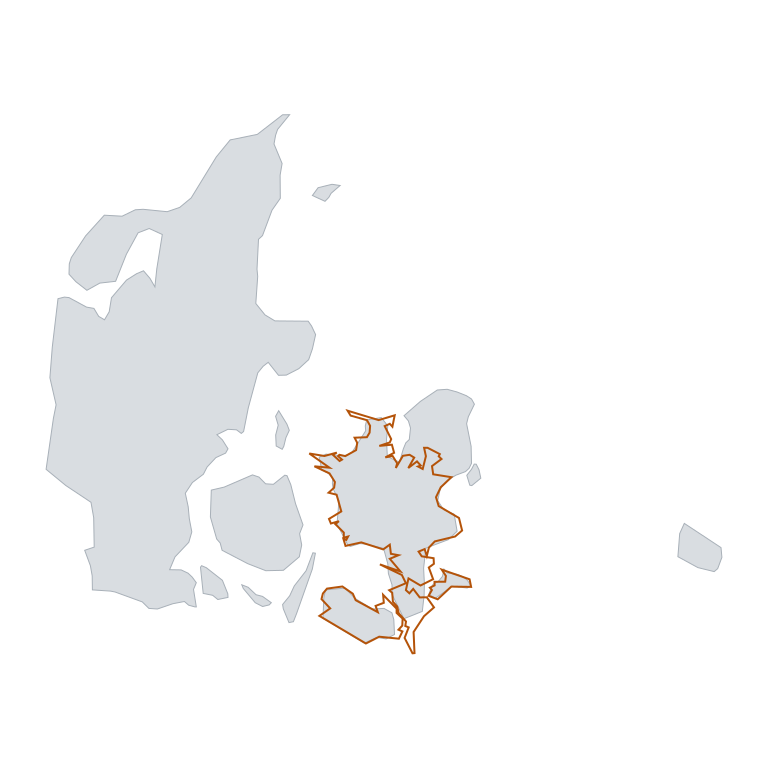 Denmark, with Sjaælland highlighted
{"feature_id": "DNK-3420", "entity_name": "Sjaælland", "entity_type": "Region", "adm_level": 1, "iso_a3": "DNK", "parent_name": "Denmark", "parent_adm1": "", "projection": "orthographic", "projection_center": [11.743, 55.283], "detail": "medium", "context": "in_parent", "style": "outline", "palette": "amber", "viewbox_px": 768, "rotation_deg": 0, "n_neighbors": 0, "source": "natural_earth", "source_scale": "10m", "svg_char_len": 5551}
<svg xmlns="http://www.w3.org/2000/svg" viewBox="0 0 768 768"><path d="M196.3,606.9L194.9,606.9L188.7,605.2L184.4,601.5L172.9,603.7L157.4,609.0L148.9,608.4L142.3,601.9L115.1,592.0L110.6,591.1L92.5,589.9L92.4,589.9L92.2,575.9L90.4,565.7L84.7,550.3L94.2,547.1L93.7,517.7L91.0,502.3L65.8,485.5L46.1,469.3L53.4,418.4L56.1,404.8L49.9,377.7L52.3,347.0L58.0,298.7L64.4,297.1L69.0,297.6L86.5,307.1L93.9,308.4L98.7,316.4L104.5,319.8L109.2,311.8L111.5,297.7L126.5,280.1L136.6,273.7L143.5,270.8L150.0,278.4L154.9,286.9L156.8,268.8L162.3,234.5L149.2,228.5L138.1,232.8L126.4,254.2L115.6,281.3L99.8,283.1L86.9,290.3L75.9,281.7L69.0,274.2L69.3,263.8L71.3,257.6L85.6,235.9L104.3,215.2L122.1,216.2L135.3,209.8L143.1,209.3L167.2,211.7L179.7,207.4L191.2,197.9L216.3,156.9L230.2,139.9L257.3,134.4L282.6,114.8L289.6,114.7L277.6,129.4L275.6,135.2L274.0,144.0L282.1,163.5L280.1,175.2L280.3,198.3L272.0,210.2L262.5,235.6L258.5,239.3L257.0,269.2L257.7,276.3L255.8,303.5L265.0,314.9L274.9,320.9L308.2,321.2L311.6,326.1L315.6,334.6L312.4,348.9L308.7,359.6L298.9,368.6L286.3,375.1L278.5,375.3L268.2,362.3L263.1,366.3L257.8,372.8L248.3,407.8L243.6,431.5L241.3,433.4L236.5,429.8L227.9,429.3L216.9,434.7L222.4,439.9L228.0,448.8L225.6,453.1L215.9,457.6L207.1,467.0L203.4,474.2L192.4,482.5L185.3,493.2L188.2,506.8L189.3,518.7L191.8,531.9L188.8,542.3L175.0,556.9L169.6,569.7L181.1,569.9L188.1,573.2L192.2,577.1L196.3,582.7L193.5,589.4L196.3,606.9ZM471.1,446.3L471.5,463.3L469.1,468.3L465.5,471.6L455.9,475.2L447.7,480.1L440.3,488.6L437.7,500.7L443.6,509.6L454.2,514.3L457.1,531.2L448.4,539.6L425.9,548.1L423.6,568.2L424.4,584.0L424.1,595.5L422.3,611.4L403.9,618.7L392.1,594.5L392.0,584.8L388.4,573.5L387.8,563.8L383.6,548.4L366.4,544.1L359.7,543.6L350.3,546.4L348.0,545.3L337.0,524.1L339.0,500.8L333.2,489.0L332.4,483.7L332.6,477.8L327.8,472.9L321.9,470.3L319.2,457.2L326.0,454.1L342.7,455.8L347.6,454.9L352.1,452.2L365.7,430.8L365.3,426.0L366.7,419.9L381.3,417.6L387.8,425.9L386.5,439.3L387.3,456.3L396.1,461.0L399.6,461.6L403.3,449.0L405.8,442.9L409.3,439.5L410.5,428.0L408.4,420.9L404.0,415.7L420.4,401.4L437.3,390.0L447.2,389.3L457.1,392.0L466.4,395.7L471.5,399.0L474.4,404.2L468.3,416.8L466.6,423.7L471.1,446.3ZM287.0,475.7L290.8,484.7L295.5,503.6L303.0,524.9L299.6,533.7L301.7,545.0L299.3,556.8L283.4,570.3L265.8,570.7L247.6,563.6L222.1,550.3L220.2,543.0L216.7,539.0L210.4,517.0L211.3,490.1L224.2,487.1L252.5,474.9L259.0,477.1L265.6,483.8L273.4,484.3L284.8,475.2L287.0,475.7ZM355.0,598.4L372.2,609.0L384.0,608.4L391.9,612.8L393.8,619.6L394.5,634.5L386.1,638.9L376.8,637.4L364.2,643.1L323.0,618.3L323.8,597.9L325.5,589.9L345.0,588.1L355.0,598.4ZM717.7,568.6L714.2,571.6L697.9,567.6L677.9,556.7L679.7,533.6L684.3,523.4L721.0,547.6L721.9,557.3L717.7,568.6ZM293.4,621.7L289.0,622.6L283.3,608.8L282.6,604.5L289.7,595.8L294.3,585.9L306.1,570.7L312.9,552.8L315.4,553.2L312.3,569.1L296.6,613.5L293.4,621.7ZM228.0,597.4L217.8,599.5L212.7,595.3L203.2,593.4L200.5,567.2L201.6,565.7L206.3,567.7L222.4,580.3L227.8,593.8L228.0,597.4ZM470.8,585.5L467.2,588.0L452.2,586.3L435.4,598.2L428.9,594.5L431.3,587.0L433.1,584.3L438.7,581.0L442.5,576.3L443.9,569.0L447.4,572.9L457.9,574.5L463.0,576.8L467.3,580.2L470.8,585.5ZM283.8,446.3L282.2,449.3L276.2,446.0L275.7,435.0L278.2,425.2L275.6,416.3L278.7,410.7L286.9,424.1L289.3,430.3L285.9,437.7L283.8,446.3ZM328.8,197.4L325.0,201.3L312.4,195.5L318.1,187.7L332.0,184.3L340.1,185.5L331.1,193.3L328.8,197.4ZM269.2,604.9L262.6,606.5L255.2,602.7L243.3,588.5L241.8,584.8L248.2,587.3L256.0,594.7L262.5,596.4L271.3,602.7L269.2,604.9ZM480.8,478.2L471.8,485.6L469.8,485.2L466.8,475.3L471.5,469.3L474.2,464.1L476.2,464.2L479.0,469.7L480.8,478.2Z" fill="#d9dde1" stroke="#a8b0b8" stroke-width="1"/><path d="M451.4,477.2L440.8,487.2L436.0,497.2L438.7,506.1L459.0,518.0L462.1,530.5L455.1,536.5L434.8,541.4L428.9,547.6L426.8,556.0L424.6,549.1L418.6,551.6L421.7,556.3L433.6,558.2L433.9,563.8L428.8,567.5L433.1,579.2L420.5,585.5L408.5,578.4L405.9,590.1L409.4,593.3L413.2,588.9L419.7,597.4L426.8,597.3L434.0,607.4L424.0,616.2L413.6,632.0L414.5,653.1L412.5,653.3L404.6,637.9L408.7,627.4L405.3,626.0L406.0,621.5L398.7,613.2L397.2,606.5L392.9,601.7L392.2,592.8L389.2,590.2L405.9,583.2L401.9,575.0L379.9,564.4L400.5,571.5L389.8,558.8L398.5,555.2L390.9,553.8L389.8,544.7L383.2,549.4L361.3,542.4L345.5,545.9L343.4,538.8L346.3,539.9L348.1,536.5L343.8,537.7L343.8,532.6L335.3,524.1L338.9,521.2L330.9,523.5L329.0,518.9L341.3,511.4L336.6,494.7L328.6,492.7L334.1,487.7L334.9,482.0L329.5,473.4L314.4,466.3L329.5,467.7L309.3,453.5L324.4,456.0L336.8,452.6L332.9,454.8L339.6,461.0L342.0,459.6L338.1,456.1L339.4,454.8L345.3,456.1L356.1,450.1L357.2,442.8L354.6,437.7L366.9,437.2L369.6,432.6L370.1,425.8L367.0,420.2L350.6,415.6L347.6,410.7L378.6,420.1L394.7,415.3L392.4,426.7L389.8,423.8L384.7,426.1L391.2,439.1L389.8,442.4L379.3,445.9L391.9,444.7L394.1,452.8L385.3,457.4L392.6,456.0L397.2,463.3L395.8,468.0L402.9,455.8L409.6,454.8L414.2,457.6L408.3,468.0L417.0,461.4L420.7,465.5L418.0,466.5L422.7,469.0L425.9,456.2L424.1,447.8L427.6,447.8L439.8,454.1L438.7,456.3L441.5,459.0L432.0,466.1L433.2,474.3L451.4,477.2ZM402.3,625.6L398.5,629.7L402.4,631.4L398.9,638.7L379.2,636.7L365.9,643.5L319.4,615.9L330.2,608.4L321.5,599.1L322.9,593.5L327.0,588.6L342.4,586.5L352.8,593.7L355.7,600.2L377.8,612.2L375.6,605.9L383.8,602.8L383.1,594.8L396.6,608.7L396.6,612.9L402.6,618.6L402.3,625.6ZM441.7,569.6L469.6,579.3L471.1,586.9L451.3,586.6L437.7,599.3L428.6,595.8L431.9,590.0L429.9,587.7L434.6,585.4L434.5,581.8L445.2,581.7L445.9,575.9L441.7,569.6Z" fill="none" stroke="#b45309" stroke-width="2"/></svg>